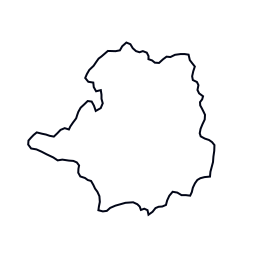 the district of São Francisco do Glória, Minas Gerais, Brazil, rotated 286°
{"feature_id": "56859067B91549743589914", "entity_name": "São Francisco do Glória", "entity_type": "district", "adm_level": 2, "iso_a3": "BRA", "parent_name": "Brazil", "parent_adm1": "Minas Gerais", "projection": "mercator", "projection_center": [-42.282, -20.783], "detail": "fine", "context": "isolated", "style": "outline", "palette": "ink", "viewbox_px": 256, "rotation_deg": 286, "n_neighbors": 0, "source": "geoboundaries", "source_scale": "gbopen_adm2", "svg_char_len": 1878}
<svg xmlns="http://www.w3.org/2000/svg" viewBox="0 0 256 256"><g transform="rotate(286 128 128)"><path d="M164.3,73.1L161.5,77.1L162.1,82.1L157.9,83.8L154.5,87.2L156.9,91.4L152.8,93.3L148.7,94.5L144.8,96.9L139.6,96.3L135.5,92.3L140.1,89.1L143.4,85.8L142.8,81.8L138.8,79.5L134.5,76.9L129.9,75.8L126.6,75.6L123.0,75.5L118.0,73.6L113.5,72.1L110.3,71.6L110.4,67.2L107.6,63.7L103.4,61.5L99.3,59.1L98.9,54.9L99.1,51.0L98.8,47.0L98.6,41.5L95.3,39.2L92.1,37.5L88.5,35.8L84.6,36.6L81.6,40.5L82.2,45.9L81.4,51.5L80.3,56.9L79.1,64.3L77.5,69.3L79.5,73.6L80.4,80.2L81.3,84.6L80.8,88.3L78.5,91.3L75.1,91.6L71.3,92.5L68.3,95.5L68.1,100.4L66.9,103.7L66.9,107.1L63.8,110.3L60.7,113.0L58.3,116.1L54.6,119.3L49.2,121.3L44.4,121.7L40.8,122.2L40.9,126.8L42.5,130.5L46.3,132.9L49.9,137.3L52.8,142.0L55.4,146.2L58.0,153.4L57.3,158.0L55.7,160.9L52.8,163.0L54.9,165.9L54.4,169.4L50.3,171.6L54.2,174.7L58.6,176.5L60.7,179.1L62.0,182.6L64.5,185.7L69.1,185.6L74.3,186.4L79.0,188.5L79.5,193.2L78.2,198.0L79.4,202.0L80.1,206.4L83.9,207.0L88.5,206.8L93.3,207.6L97.2,209.0L99.7,211.4L101.9,215.1L103.9,220.2L108.6,219.3L113.8,219.2L118.7,219.1L124.0,218.0L129.8,217.2L135.4,215.8L137.6,212.7L138.8,209.2L139.0,204.7L140.0,200.2L142.7,198.4L147.2,198.0L151.8,198.5L157.3,199.4L161.9,198.4L164.5,196.1L167.2,193.6L169.6,191.2L172.7,190.1L176.0,191.4L179.2,191.4L180.9,186.8L183.7,184.3L188.6,183.9L191.2,181.6L192.0,177.1L195.4,175.4L200.5,175.1L205.5,175.3L208.0,171.8L210.3,168.7L215.2,166.0L214.7,162.2L213.5,158.0L211.3,153.0L207.9,149.2L207.2,145.4L203.8,142.8L199.1,139.9L198.2,135.8L199.6,132.5L199.8,128.7L202.8,127.9L205.6,125.3L206.0,121.1L204.0,118.2L204.1,114.5L206.0,110.6L209.2,107.2L209.7,102.9L205.0,99.9L200.4,98.8L198.4,94.8L197.4,90.8L196.5,87.4L193.3,85.3L189.5,82.8L186.6,80.6L182.9,79.3L178.3,77.8L173.2,74.8L168.4,73.6L164.3,73.1Z" fill="none" stroke="#020617" stroke-width="2"/></g></svg>